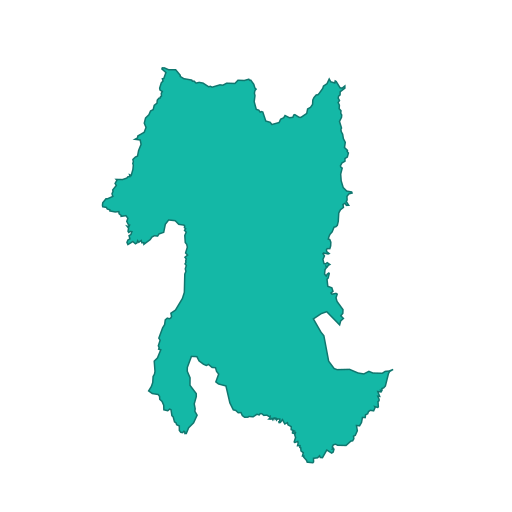 Nam Nao, Phetchabun, Thailand (Natural Earth projection), rotated 15°
{"feature_id": "78962969B52588762248299", "entity_name": "Nam Nao", "entity_type": "district", "adm_level": 2, "iso_a3": "THA", "parent_name": "Thailand", "parent_adm1": "Phetchabun", "projection": "natural_earth1", "projection_center": [101.615, 16.847], "detail": "fine", "context": "isolated", "style": "filled", "palette": "teal", "viewbox_px": 512, "rotation_deg": 15, "n_neighbors": 0, "source": "geoboundaries", "source_scale": "gbopen_adm2", "svg_char_len": 6116}
<svg xmlns="http://www.w3.org/2000/svg" viewBox="0 0 512 512"><g transform="rotate(15 256 256)"><path d="M380.1,426.8L381.3,425.4L381.3,422.6L379.7,422.7L380.4,421.6L379.1,420.8L379.6,418.3L381.6,417.2L383.8,417.7L392.0,415.7L395.5,410.3L397.2,409.5L397.8,407.1L396.8,404.8L398.3,403.5L399.1,398.6L396.9,393.7L400.0,393.2L401.0,389.5L400.6,384.4L403.3,383.8L402.9,381.0L404.7,379.5L404.9,377.3L406.3,375.5L409.7,375.1L410.3,371.5L409.6,370.7L412.8,370.8L413.2,370.0L411.5,365.0L412.3,364.0L412.0,362.6L409.9,359.9L411.8,359.6L408.7,355.4L411.7,355.0L411.2,353.7L412.2,354.1L412.5,353.1L411.9,351.4L413.4,350.4L414.6,348.1L414.4,335.1L415.0,332.9L417.8,330.1L414.3,332.7L410.7,334.0L408.3,336.6L399.3,338.8L394.9,338.2L390.7,342.0L384.9,342.6L375.7,341.3L363.8,344.8L360.6,344.5L353.4,338.8L342.2,315.5L338.5,312.8L327.7,301.9L333.9,294.8L338.7,291.5L354.6,300.9L354.6,296.8L356.6,293.7L353.4,291.8L354.7,288.9L353.9,285.3L346.0,278.9L344.1,275.7L344.3,271.8L342.9,271.4L339.3,273.2L338.0,272.3L339.5,270.2L337.5,267.1L333.2,266.7L330.6,260.1L331.4,258.6L331.3,254.0L330.7,253.6L329.5,255.0L329.0,257.2L326.9,255.7L326.2,251.3L327.0,249.1L326.3,247.8L327.6,248.2L328.3,246.2L329.5,245.1L326.5,244.0L325.4,245.5L323.6,245.7L321.5,241.9L322.1,238.2L320.1,236.4L320.5,235.6L325.1,235.4L326.0,234.7L323.2,233.5L322.4,231.8L322.9,230.4L325.4,229.8L325.5,226.9L324.7,223.3L323.0,221.0L321.5,221.0L321.4,218.8L321.8,216.0L323.3,213.0L323.9,208.0L325.6,207.0L326.6,205.3L326.5,201.3L324.8,193.0L325.6,189.5L327.9,186.4L326.7,183.7L328.3,182.0L330.2,183.7L332.4,183.0L329.1,180.0L329.5,178.3L328.4,174.9L329.6,172.0L332.5,170.3L331.8,169.4L326.8,169.8L322.5,167.3L318.8,161.3L316.6,155.0L316.5,148.8L314.8,148.1L314.2,146.9L315.0,143.8L317.4,141.4L316.7,138.8L318.6,136.8L318.6,132.6L317.0,131.5L317.0,130.3L313.4,128.3L312.8,123.1L310.0,120.0L308.2,116.0L306.1,113.7L305.2,111.5L305.5,110.3L301.8,104.4L302.7,100.0L302.3,97.6L300.9,96.2L300.5,93.7L298.2,92.2L297.5,88.7L295.6,86.5L296.4,84.2L294.5,82.2L294.4,80.2L295.5,78.7L294.8,75.6L298.4,70.9L297.8,68.8L295.8,71.5L293.7,71.8L288.3,66.7L287.2,66.4L287.3,68.5L283.1,68.4L280.9,66.1L280.0,71.2L277.2,74.4L277.1,76.8L274.9,82.7L274.0,84.3L272.5,84.8L271.0,87.9L270.5,90.6L271.4,94.9L270.2,98.3L267.8,100.6L268.1,105.2L263.5,110.5L261.8,110.9L256.9,109.4L256.0,110.0L255.7,112.5L252.5,113.8L247.7,112.8L247.0,115.3L244.4,117.5L243.8,121.1L237.3,124.9L235.1,123.2L230.5,123.1L225.3,115.2L223.8,115.1L222.9,116.0L220.9,114.4L218.3,114.3L214.3,107.4L213.5,101.4L212.3,99.1L212.1,96.5L212.9,94.8L211.4,94.0L209.4,90.7L205.4,87.5L204.4,88.0L203.3,87.1L199.3,89.5L193.1,90.9L191.0,94.8L182.9,96.7L179.8,99.6L176.9,100.0L169.9,104.3L168.0,103.9L166.5,104.8L160.1,102.7L156.2,103.0L153.4,104.5L150.9,103.1L149.3,103.6L148.4,102.7L140.4,103.4L136.4,102.2L136.0,101.0L130.2,96.9L123.3,98.7L118.9,98.0L116.8,98.5L116.7,99.7L121.5,102.1L121.0,108.4L119.7,109.0L120.9,111.1L119.7,113.2L119.5,118.8L120.3,120.5L122.9,121.4L122.4,123.4L123.3,126.0L122.5,127.0L122.6,128.1L121.4,128.7L120.3,131.0L120.8,134.0L118.7,136.8L118.8,141.2L116.6,143.2L116.0,147.3L113.6,151.3L113.7,156.6L116.5,160.3L116.0,165.4L110.8,170.6L111.0,172.6L108.9,174.6L114.1,173.9L116.1,177.9L115.3,184.4L115.7,190.2L113.9,191.6L112.1,194.6L113.2,196.8L113.0,198.4L114.0,200.0L114.7,204.3L114.6,210.5L112.8,210.2L113.7,211.9L111.8,212.6L111.0,214.2L107.3,216.7L101.2,218.2L102.1,218.7L101.1,222.4L102.8,224.0L100.5,229.3L101.2,230.5L100.8,233.2L102.3,235.5L97.7,239.2L96.3,239.5L94.2,244.2L94.5,246.6L95.2,248.1L98.9,247.8L100.2,249.1L102.9,249.2L103.2,250.3L108.6,249.9L112.0,248.6L112.8,250.6L115.4,251.8L115.5,252.6L119.9,250.7L122.5,252.7L122.2,256.0L124.9,259.0L125.9,258.9L125.5,260.7L123.8,260.6L125.7,262.1L126.0,265.3L127.0,266.2L128.1,264.8L129.8,264.6L129.6,267.7L128.1,269.2L129.8,272.1L128.2,273.6L127.8,276.2L129.3,278.1L133.3,273.9L136.4,275.4L137.7,274.1L137.7,271.9L139.2,273.1L141.1,270.7L142.4,272.8L144.2,272.1L144.7,273.7L149.5,267.6L150.6,264.6L152.6,262.7L155.8,262.2L156.6,259.8L160.7,257.0L160.2,248.8L162.3,243.8L168.8,242.8L173.2,245.4L178.3,244.8L179.4,245.5L179.5,247.1L181.0,247.9L180.3,249.7L182.4,251.0L181.9,254.6L184.2,261.3L186.0,262.6L187.4,265.2L187.2,271.3L189.7,272.8L187.7,275.6L189.4,276.9L189.3,279.0L190.0,280.1L189.5,282.0L191.2,283.2L191.0,286.7L192.3,289.0L191.9,291.9L196.2,309.7L195.9,316.1L192.2,329.1L188.6,333.3L190.1,336.3L189.6,338.2L188.5,339.0L186.4,339.0L184.9,341.2L185.5,345.9L184.4,349.5L183.4,360.5L185.2,362.2L184.9,368.0L186.2,369.7L186.1,371.2L188.3,371.2L187.2,380.0L184.9,383.9L188.3,393.6L188.5,396.5L187.8,399.0L189.0,404.9L188.7,409.1L187.2,414.1L191.4,415.7L197.4,415.1L199.2,416.6L200.1,419.3L202.9,420.8L205.5,424.1L206.8,428.4L210.8,428.3L212.2,426.2L213.7,426.5L216.1,432.0L217.6,432.8L220.2,437.3L222.0,437.9L223.0,439.5L225.9,440.0L227.1,444.3L229.0,445.8L230.9,445.6L231.7,443.9L232.7,444.3L233.3,445.9L234.6,445.5L235.4,439.3L238.9,433.3L240.3,425.0L237.1,421.8L236.8,419.4L234.6,414.8L234.7,407.2L233.9,404.4L225.7,398.0L223.8,390.7L219.4,385.1L218.5,381.4L219.6,369.7L224.9,368.5L228.2,372.1L233.2,374.1L236.4,374.6L238.1,373.0L242.4,375.0L245.8,374.4L247.8,377.7L250.5,379.7L249.8,388.0L252.9,389.3L260.6,389.3L268.8,404.7L273.9,410.5L276.4,410.4L279.4,412.0L282.0,411.1L284.1,413.7L286.7,414.7L289.9,413.8L290.7,412.8L294.8,412.1L297.9,408.6L300.2,408.7L300.8,407.2L302.4,406.8L304.8,407.9L307.7,406.9L310.6,407.8L311.2,407.2L311.5,408.9L310.7,410.1L312.8,409.7L313.4,408.7L314.7,409.9L315.0,408.1L316.0,407.6L316.7,408.7L317.3,407.5L318.0,407.7L318.4,409.0L319.1,407.8L321.2,407.3L321.6,409.2L320.9,410.3L321.5,411.0L322.6,410.5L323.9,407.2L327.3,410.8L329.5,408.8L330.6,410.8L334.2,411.7L334.9,414.6L338.1,415.1L336.8,416.5L337.1,417.6L338.7,417.6L339.9,415.6L339.7,418.7L341.2,421.1L341.0,425.7L341.8,426.1L344.3,424.3L345.2,426.1L345.2,428.5L347.6,427.8L347.9,429.6L348.8,429.6L349.9,432.6L352.6,433.8L352.6,437.2L354.0,436.9L354.1,437.9L357.8,440.4L358.8,441.9L364.4,441.0L364.9,440.0L363.9,436.5L367.7,435.0L369.1,432.5L370.3,434.0L372.4,433.6L374.6,425.1L380.1,426.8Z" fill="#14b8a6" stroke="#0f766e" stroke-width="1.5"/></g></svg>